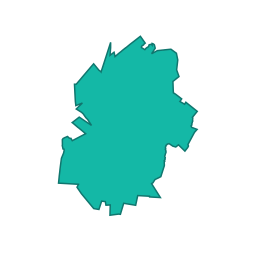 San Francisco de Borja, Chihuahua, Mexico (Equal Earth projection), rotated 223°
{"feature_id": "50627088B27910200343909", "entity_name": "San Francisco de Borja", "entity_type": "district", "adm_level": 2, "iso_a3": "MEX", "parent_name": "Mexico", "parent_adm1": "Chihuahua", "projection": "equal_earth", "projection_center": [-106.771, 27.891], "detail": "fine", "context": "isolated", "style": "filled", "palette": "teal", "viewbox_px": 256, "rotation_deg": 223, "n_neighbors": 0, "source": "geoboundaries", "source_scale": "gbopen_adm2", "svg_char_len": 3280}
<svg xmlns="http://www.w3.org/2000/svg" viewBox="0 0 256 256"><g transform="rotate(223 128 128)"><path d="M138.0,211.7L143.6,215.7L150.3,214.9L151.4,213.7L159.3,204.6L161.4,198.4L162.5,204.9L165.4,206.8L166.7,206.8L168.0,206.3L167.0,205.1L168.0,205.3L169.3,203.3L168.5,201.5L168.8,200.5L169.2,198.9L169.1,196.8L173.0,196.0L173.5,196.5L173.7,197.6L173.8,198.0L173.3,199.2L173.5,200.3L173.3,201.8L181.5,203.5L183.6,190.5L184.2,185.9L184.4,184.6L184.5,184.6L185.1,180.5L185.1,179.9L185.6,176.6L185.7,175.9L186.2,171.4L189.4,173.6L189.9,173.9L190.7,168.9L195.4,174.8L199.1,178.8L188.6,156.4L185.9,150.6L186.7,150.8L187.3,150.6L188.5,150.4L196.9,151.5L196.8,148.5L196.8,147.8L196.2,134.9L195.7,124.8L197.0,123.5L184.7,111.6L181.4,108.8L178.4,115.2L178.8,106.6L172.6,107.8L170.4,107.8L165.9,106.8L163.3,106.7L156.4,105.0L156.6,105.0L157.3,104.9L162.7,104.0L169.2,103.0L171.1,102.7L171.9,97.6L172.5,93.9L171.7,94.0L165.0,94.3L164.4,94.4L157.9,94.8L155.1,94.9L160.1,80.7L162.6,81.5L162.7,81.3L162.8,81.2L163.0,81.2L163.4,80.9L163.6,80.8L163.7,80.7L163.9,80.7L164.2,80.6L164.6,80.5L164.8,80.5L165.2,80.5L165.5,80.5L166.0,80.6L166.4,80.6L166.5,80.5L166.6,80.4L167.1,78.9L167.4,78.6L168.3,76.1L168.2,75.3L168.1,74.7L164.7,71.2L164.1,70.3L162.0,68.9L161.4,68.4L161.2,68.3L160.3,68.9L159.8,68.4L159.5,68.2L158.0,65.7L156.1,60.6L155.8,60.1L151.3,53.8L151.0,53.4L149.1,50.8L148.6,50.2L147.6,48.8L145.4,45.8L145.0,45.3L141.2,40.3L125.8,53.1L125.7,53.0L125.7,52.9L125.7,52.7L124.9,49.9L117.4,48.2L98.1,45.7L93.7,48.6L97.4,56.5L94.4,58.7L91.5,56.5L91.4,56.6L88.5,59.6L81.7,51.9L76.1,58.7L74.7,59.7L79.8,70.0L69.7,76.7L74.8,85.2L65.7,92.8L65.2,92.3L56.9,99.2L72.8,103.4L72.4,104.9L73.1,108.7L70.8,114.8L75.0,123.7L75.3,124.3L75.6,125.0L76.1,125.7L77.4,126.9L78.2,127.8L78.4,128.2L78.5,128.2L78.6,128.3L78.4,128.7L78.5,128.8L79.2,128.8L79.3,129.1L79.3,129.3L79.3,129.6L79.3,130.1L79.9,130.6L80.2,130.9L80.2,131.1L80.2,131.3L80.3,131.5L80.5,131.7L80.6,131.8L80.8,131.9L81.1,131.9L81.3,132.0L81.7,132.2L81.9,132.4L82.1,132.7L82.2,133.1L82.4,133.5L82.9,134.4L83.2,135.0L83.3,135.5L83.5,135.9L83.7,136.2L83.8,136.3L84.0,136.4L84.3,136.8L84.5,136.8L84.9,137.1L85.0,137.3L85.1,137.5L85.3,137.6L85.5,137.7L85.9,137.8L86.1,137.8L86.3,138.3L86.4,138.6L86.5,138.8L86.9,138.9L87.0,139.0L87.4,139.4L87.6,139.5L87.7,139.8L87.7,140.1L87.8,140.4L87.9,140.6L88.1,140.7L88.2,140.8L88.3,140.9L88.4,141.2L88.3,141.4L88.2,141.7L88.2,142.0L88.2,142.3L88.3,142.5L88.3,142.9L88.2,143.1L88.0,143.3L88.0,143.5L87.7,143.8L87.3,144.6L82.8,145.3L80.1,146.7L79.6,150.1L70.6,149.9L71.0,154.4L71.5,156.1L72.9,156.8L76.2,169.4L76.4,170.2L76.5,174.1L81.9,171.9L83.3,172.5L83.4,172.8L83.4,173.1L83.3,173.5L83.4,173.9L83.6,174.0L83.8,174.2L83.9,174.3L84.1,174.4L84.2,174.6L84.3,174.7L84.4,174.8L84.4,175.0L84.5,175.2L84.5,175.4L84.6,175.5L84.7,175.8L84.8,175.9L84.9,176.0L85.0,176.1L85.1,176.3L85.2,176.7L85.3,177.1L85.5,177.2L85.6,177.4L85.8,177.5L86.0,177.8L86.4,178.0L86.8,178.7L87.1,179.1L87.4,179.4L87.6,179.6L87.8,179.6L88.1,179.6L88.2,179.8L88.2,180.1L88.2,180.3L88.6,186.1L88.7,187.4L91.2,187.2L102.8,186.3L103.3,186.3L103.3,186.2L102.8,184.0L108.1,182.8L108.1,183.0L108.6,185.9L116.1,185.2L118.8,184.7L121.5,187.3L126.9,192.7L125.8,200.4L132.1,203.7L138.0,211.7Z" fill="#14b8a6" stroke="#0f766e" stroke-width="1.5"/></g></svg>